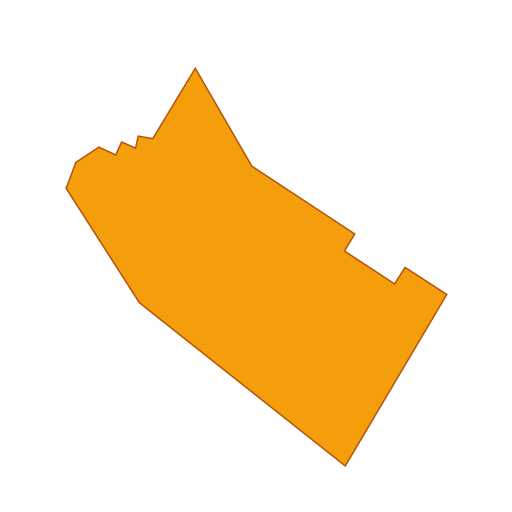 outline of Fulton, New York, United States of America, rotated 38°
{"feature_id": "52423323B72706838172398", "entity_name": "Fulton", "entity_type": "district", "adm_level": 2, "iso_a3": "USA", "parent_name": "United States of America", "parent_adm1": "New York", "projection": "robinson", "projection_center": [-74.528, 43.135], "detail": "fine", "context": "isolated", "style": "filled", "palette": "amber", "viewbox_px": 512, "rotation_deg": 38, "n_neighbors": 0, "source": "geoboundaries", "source_scale": "gbopen_adm2", "svg_char_len": 412}
<svg xmlns="http://www.w3.org/2000/svg" viewBox="0 0 512 512"><g transform="rotate(38 256 256)"><path d="M92.6,145.5L102.4,227.1L89.4,234.0L94.7,245.2L79.9,248.9L83.3,262.7L65.2,266.9L56.4,293.3L62.4,311.8L64.6,319.5L192.9,364.6L224.5,364.9L455.6,366.5L439.5,241.9L430.0,168.9L380.5,173.2L382.4,192.7L322.6,197.6L320.3,177.9L197.5,187.8L92.6,145.5Z" fill="#f59e0b" stroke="#b45309" stroke-width="1.5"/></g></svg>